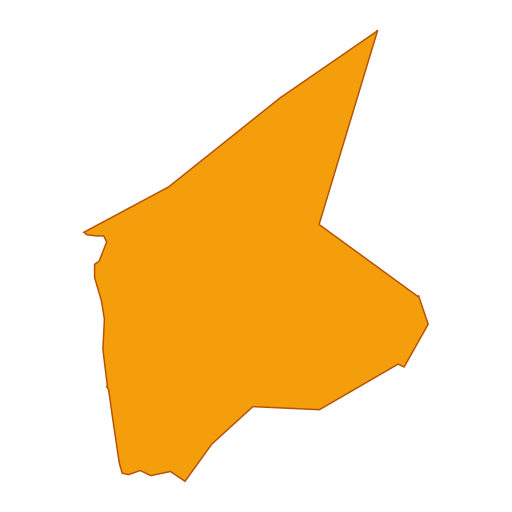 the district of Belfond, Soufrière, Saint Lucia
{"feature_id": "8701671B32439381681784", "entity_name": "Belfond", "entity_type": "district", "adm_level": 2, "iso_a3": "LCA", "parent_name": "Saint Lucia", "parent_adm1": "Soufrière", "projection": "equal_earth", "projection_center": [-61.044, 13.829], "detail": "fine", "context": "isolated", "style": "filled", "palette": "amber", "viewbox_px": 512, "rotation_deg": 0, "n_neighbors": 0, "source": "geoboundaries", "source_scale": "gbopen_adm2", "svg_char_len": 602}
<svg xmlns="http://www.w3.org/2000/svg" viewBox="0 0 512 512"><path d="M122.2,473.3L128.7,474.6L140.1,470.5L150.8,475.6L170.5,471.5L185.0,481.3L211.8,444.1L252.9,406.6L254.6,406.7L319.4,409.7L398.1,364.1L401.2,365.6L404.1,367.0L428.2,324.2L418.6,295.9L417.9,296.5L319.1,224.5L347.7,129.5L377.5,30.8L377.1,30.7L377.2,31.0L279.9,98.0L168.6,186.9L83.8,232.3L87.1,234.8L96.1,235.9L103.7,235.9L106.7,241.9L99.1,261.2L94.6,264.3L94.6,277.5L101.4,300.8L104.4,319.1L102.9,349.5L107.4,386.1L106.6,386.5L108.6,389.6L113.3,422.9L119.2,462.6L122.2,473.3Z" fill="#f59e0b" stroke="#b45309" stroke-width="1.5"/></svg>